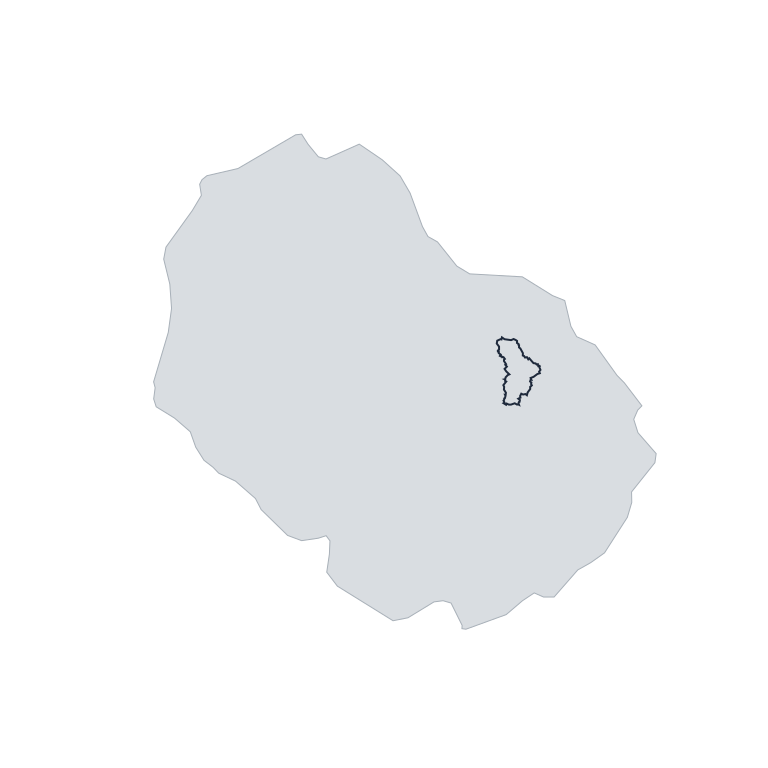 Mogila, Mogila, North Macedonia shown in context, rotated 236°
{"feature_id": "65306769B16932285740052", "entity_name": "Mogila", "entity_type": "district", "adm_level": 2, "iso_a3": "MKD", "parent_name": "North Macedonia", "parent_adm1": "Mogila", "projection": "natural_earth1", "projection_center": [21.425, 41.178], "detail": "fine", "context": "in_parent", "style": "outline", "palette": "slate", "viewbox_px": 768, "rotation_deg": 236, "n_neighbors": 0, "source": "geoboundaries", "source_scale": "gbopen_adm2", "svg_char_len": 2508}
<svg xmlns="http://www.w3.org/2000/svg" viewBox="0 0 768 768"><g transform="rotate(236 384 384)"><path d="M349.0,212.0L360.9,213.4L386.5,206.6L402.5,197.1L410.6,195.7L421.4,192.1L436.9,192.6L452.7,196.7L472.8,191.3L492.5,182.4L500.4,184.7L508.9,192.2L514.6,194.2L547.4,234.0L565.4,250.1L586.6,262.3L610.7,271.2L619.4,279.8L635.0,322.1L642.5,338.1L652.7,342.9L655.2,347.5L655.7,353.7L644.3,383.4L640.0,450.1L637.2,455.4L625.1,455.1L609.1,456.6L603.0,461.7L596.7,497.6L570.9,507.9L547.5,513.7L527.7,512.4L493.0,503.9L481.6,502.9L471.9,507.8L441.0,510.3L427.4,516.6L395.5,558.6L363.1,573.1L352.1,580.5L327.3,571.2L315.5,570.2L298.3,580.9L260.8,582.0L250.6,583.9L221.7,585.6L220.5,579.8L215.1,571.3L201.6,567.3L174.1,570.7L167.3,564.6L156.1,528.9L147.3,523.2L137.4,511.2L120.7,472.4L120.3,455.5L121.5,440.7L112.3,405.9L118.1,397.2L126.8,391.7L126.9,377.7L124.5,356.4L134.9,314.8L137.6,311.8L140.2,313.8L164.9,317.1L171.3,311.8L175.4,303.6L176.8,273.1L182.7,259.1L242.5,232.3L260.0,231.3L273.5,243.6L284.2,251.5L290.6,251.2L292.9,243.3L300.2,228.1L312.4,219.4L348.7,211.9L349.0,212.0Z" fill="#d9dde1" stroke="#a8b0b8" stroke-width="1"/><path d="M320.8,519.2L324.1,518.8L323.8,517.4L326.3,517.5L327.1,515.7L328.8,515.8L330.0,515.0L331.9,516.4L337.2,516.9L338.8,516.4L340.7,517.7L341.3,517.4L342.0,517.9L343.7,517.2L345.3,518.4L346.8,517.8L348.8,516.6L349.3,513.9L353.7,509.0L356.7,507.8L355.3,506.3L356.0,505.7L356.6,502.1L354.5,500.1L350.7,500.3L348.3,498.7L348.0,497.0L347.3,496.6L346.7,497.3L345.4,496.4L343.1,497.2L342.5,495.8L341.9,496.1L342.0,496.8L340.2,496.9L340.2,497.5L339.3,498.1L337.2,498.2L337.1,497.2L336.0,496.3L332.2,496.3L332.1,495.3L329.7,495.6L329.1,492.4L326.1,492.4L321.9,493.3L322.2,491.6L321.5,488.5L320.2,487.2L320.4,486.7L319.9,487.0L318.8,486.1L317.7,486.7L316.3,482.3L314.4,482.0L312.3,480.3L308.6,480.2L306.9,478.7L307.3,478.3L306.2,478.1L304.7,476.4L304.8,475.6L303.7,474.8L303.4,473.8L301.1,473.5L301.2,472.4L298.5,473.6L299.1,474.8L297.2,475.9L295.9,477.8L294.9,481.6L292.5,482.8L292.2,483.8L291.3,484.3L292.8,484.7L293.6,485.7L293.4,486.4L294.7,487.7L296.7,487.1L296.4,489.5L297.9,490.1L299.2,492.4L297.5,493.4L296.6,495.6L294.8,496.2L296.7,498.4L298.1,502.4L299.9,503.6L300.2,505.8L301.7,505.9L302.8,507.0L304.4,506.5L305.8,508.3L305.4,508.6L307.0,508.9L306.3,512.0L306.5,516.8L305.8,519.2L307.5,519.5L308.2,521.6L311.6,522.3L311.7,523.1L312.1,523.1L312.6,521.9L314.4,522.6L314.8,521.4L316.3,521.2L317.7,519.6L320.8,519.2Z" fill="none" stroke="#1e293b" stroke-width="2"/></g></svg>